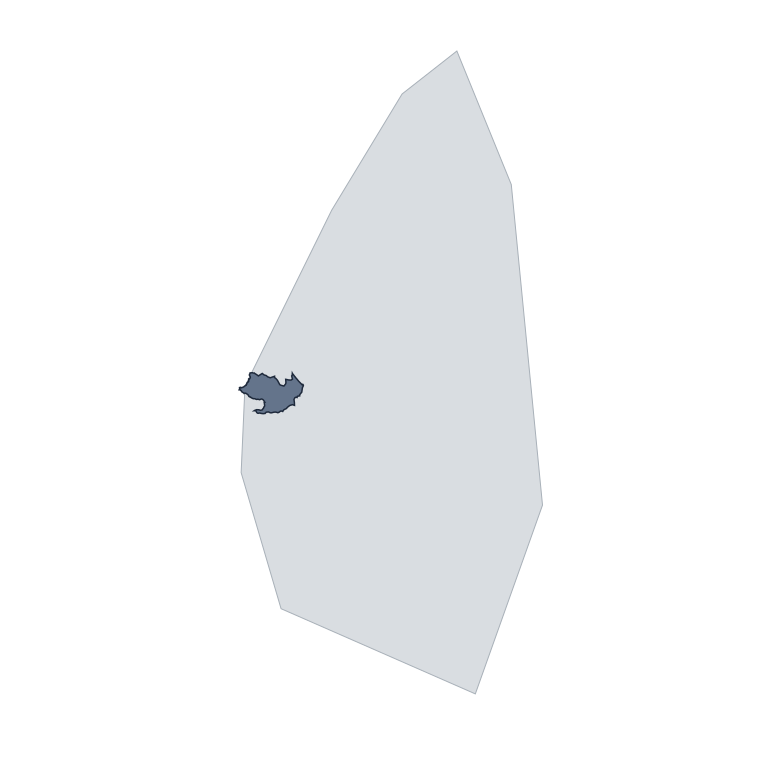 location of Anse La Verdue, Anse-la-Raye, Saint Lucia, rotated 352°
{"feature_id": "8701671B11621920628841", "entity_name": "Anse La Verdue", "entity_type": "district", "adm_level": 2, "iso_a3": "LCA", "parent_name": "Saint Lucia", "parent_adm1": "Anse-la-Raye", "projection": "orthographic", "projection_center": [-61.06, 13.91], "detail": "fine", "context": "in_parent", "style": "filled", "palette": "slate", "viewbox_px": 768, "rotation_deg": 352, "n_neighbors": 0, "source": "geoboundaries", "source_scale": "gbopen_adm2", "svg_char_len": 4263}
<svg xmlns="http://www.w3.org/2000/svg" viewBox="0 0 768 768"><g transform="rotate(352 384 384)"><path d="M524.1,526.0L431.3,703.6L250.8,592.2L230.2,451.9L246.0,366.9L356.4,204.6L442.3,99.3L502.5,64.4L537.8,204.2L524.1,526.0Z" fill="#d9dde1" stroke="#a8b0b8" stroke-width="1"/><path d="M294.7,360.7L294.3,362.6L293.7,363.1L294.0,366.5L292.4,367.2L289.7,366.6L288.3,366.0L287.3,365.7L287.1,368.8L286.7,370.1L284.6,372.1L281.6,370.8L280.7,370.1L279.8,367.7L279.0,365.5L277.6,363.4L276.5,362.4L276.7,361.1L272.2,362.0L269.8,360.7L268.5,359.2L266.6,358.4L264.9,356.6L260.7,358.5L259.1,356.9L257.5,355.6L257.2,355.1L256.1,355.0L255.2,354.5L253.0,354.4L253.0,354.5L252.9,354.8L252.8,355.0L252.7,355.1L252.4,355.4L252.3,355.5L252.2,355.6L252.2,355.8L252.1,356.1L252.0,356.3L251.9,356.4L251.9,356.5L252.0,356.8L252.1,357.0L252.3,357.3L252.3,357.6L252.4,357.8L252.5,357.9L252.5,358.2L252.5,358.4L252.5,358.5L252.5,359.0L252.3,359.2L252.2,359.4L252.1,359.5L251.9,359.9L251.8,360.0L251.6,360.2L251.5,360.3L251.3,360.5L251.2,360.5L251.1,360.4L251.0,360.1L250.9,360.1L250.8,360.3L250.7,360.3L250.7,360.6L250.8,360.8L250.7,361.0L250.5,361.3L250.4,361.5L250.4,361.8L250.5,361.9L250.5,362.1L250.4,362.2L250.4,362.4L250.1,362.7L250.0,362.9L249.6,363.2L249.2,363.5L248.9,363.6L248.7,363.8L248.7,363.7L248.5,363.9L248.4,364.1L248.1,364.5L248.1,364.8L248.1,365.0L247.9,365.2L247.6,365.5L247.4,365.7L247.4,365.8L247.2,365.8L247.1,366.1L246.9,366.1L246.7,366.2L246.6,366.3L246.4,366.3L246.1,366.5L245.4,366.8L245.0,367.1L244.9,367.2L244.8,367.3L244.5,367.4L244.4,367.4L244.2,367.5L243.7,367.6L243.4,367.6L243.2,367.6L242.9,367.8L242.5,367.8L242.3,367.9L242.2,367.9L241.9,367.8L241.8,367.5L241.7,367.4L241.3,367.3L241.2,367.3L240.9,367.3L240.7,367.4L240.5,367.5L240.4,367.5L240.3,367.8L240.4,368.0L240.5,368.2L240.6,368.4L240.6,368.5L240.6,368.8L240.4,368.8L240.3,369.0L240.2,369.3L240.1,369.2L239.9,369.3L239.8,369.5L240.1,369.5L240.3,369.6L240.5,369.6L240.6,369.9L240.8,370.1L241.0,370.2L241.2,370.3L241.3,370.3L241.5,370.5L241.8,370.9L241.8,371.0L241.8,371.4L241.8,371.5L242.0,371.7L242.2,371.9L242.3,372.2L242.5,372.3L242.7,372.5L242.8,372.6L243.0,372.7L243.1,372.8L243.3,372.9L243.4,373.0L243.5,373.1L243.7,373.3L243.8,373.3L244.0,373.6L244.1,373.8L244.2,373.7L244.3,373.7L244.5,373.7L244.8,373.7L245.1,373.7L245.5,373.8L245.7,374.0L245.9,374.1L246.0,374.1L246.4,374.4L246.5,374.4L246.6,374.6L246.9,374.8L247.0,375.0L247.3,375.2L247.5,375.3L247.7,375.5L247.8,376.0L248.1,376.3L248.3,376.9L248.4,377.0L248.4,377.3L248.5,377.5L248.8,377.8L249.0,377.9L249.1,378.0L249.3,378.1L249.6,378.1L249.8,378.2L249.8,378.3L249.8,378.5L250.0,378.7L250.3,378.7L250.5,378.8L250.8,379.2L250.9,379.3L251.3,379.6L251.5,379.8L251.8,379.9L251.9,380.0L252.2,380.1L252.3,380.3L252.6,380.4L253.7,380.5L253.9,380.6L254.0,380.6L254.4,380.8L254.9,381.1L255.1,381.3L255.3,381.4L255.7,381.5L255.9,381.6L256.1,381.6L256.4,381.5L256.8,381.5L257.0,381.5L257.4,381.7L258.0,381.9L258.4,382.2L258.9,382.2L259.6,382.0L260.2,381.8L260.5,381.8L261.1,382.0L261.7,382.4L262.1,382.8L262.6,383.5L262.9,384.3L263.0,384.7L263.2,385.0L263.3,385.3L263.5,385.5L263.0,385.7L262.8,385.8L262.9,386.0L262.8,386.9L262.8,387.8L262.9,388.1L262.8,388.7L262.6,389.4L262.3,389.8L262.0,389.9L261.7,390.3L261.3,391.1L261.2,391.4L260.9,391.5L260.4,391.9L260.1,392.4L259.7,392.7L258.5,392.8L257.8,392.8L257.2,392.5L256.6,392.1L255.9,392.0L254.9,391.8L254.1,391.7L253.8,391.7L253.5,392.0L253.2,392.1L252.8,392.1L252.4,392.1L251.8,392.4L252.7,392.5L253.6,393.1L253.8,393.9L254.0,394.5L254.6,395.2L255.3,395.5L256.8,395.4L258.1,396.0L260.3,396.6L261.6,396.5L261.9,396.7L262.2,396.6L263.4,395.5L265.8,395.6L267.4,396.7L268.7,396.9L271.0,396.6L272.7,396.7L274.2,397.3L274.9,397.7L276.3,397.3L277.6,396.5L278.5,396.5L279.5,396.8L279.9,397.1L280.7,396.1L281.4,395.5L284.0,394.7L285.0,393.7L287.6,392.2L290.4,391.7L292.4,392.7L292.7,389.7L292.7,386.8L293.9,385.1L295.1,384.8L296.0,385.3L296.6,384.1L298.9,384.0L298.9,383.0L300.6,381.4L301.4,380.7L302.2,378.0L302.7,376.3L303.6,375.0L304.0,374.0L303.6,373.1L303.2,373.0L303.0,372.9L302.9,372.9L302.7,373.2L299.9,369.4L299.0,367.9L298.4,366.9L297.7,365.9L297.0,364.6L296.9,364.6L296.2,363.3L296.1,363.2L295.5,362.0L294.8,361.0L294.7,360.7Z" fill="#64748b" stroke="#1e293b" stroke-width="1.5"/></g></svg>